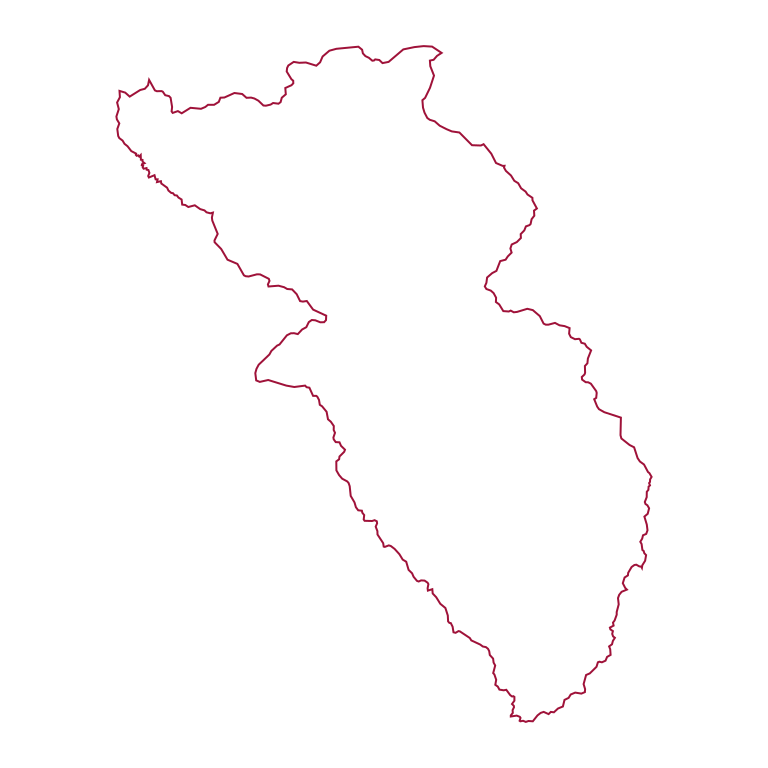 Andapa, Sava, Madagascar
{"feature_id": "10022922B40357207342555", "entity_name": "Andapa", "entity_type": "district", "adm_level": 2, "iso_a3": "MDG", "parent_name": "Madagascar", "parent_adm1": "Sava", "projection": "mercator", "projection_center": [49.555, -14.613], "detail": "fine", "context": "isolated", "style": "outline", "palette": "rose", "viewbox_px": 768, "rotation_deg": 0, "n_neighbors": 0, "source": "geoboundaries", "source_scale": "gbopen_adm2", "svg_char_len": 6064}
<svg xmlns="http://www.w3.org/2000/svg" viewBox="0 0 768 768"><path d="M584.9,692.1L585.1,689.1L583.6,684.1L586.1,675.0L589.8,673.4L596.5,666.8L597.9,662.3L599.4,661.7L601.9,662.3L605.5,660.7L607.1,656.9L610.6,654.9L610.2,649.2L609.1,646.4L612.0,644.3L612.9,640.9L614.9,637.8L613.1,636.4L612.2,633.9L612.9,631.1L610.4,629.4L609.9,627.6L613.6,625.6L613.0,622.6L614.6,620.5L616.7,614.7L616.7,612.0L618.7,604.4L618.0,598.1L619.2,594.8L621.6,591.8L626.9,589.6L625.2,587.9L622.8,583.2L624.6,577.5L627.9,575.4L628.2,572.8L631.6,567.0L634.4,565.0L636.3,564.7L639.3,566.4L641.2,566.6L641.9,567.9L642.3,565.3L645.1,560.8L646.1,555.1L644.3,553.2L643.7,551.0L642.4,550.0L641.6,544.0L640.3,541.8L642.2,538.6L643.0,535.3L646.2,533.9L647.5,530.3L646.8,524.6L644.4,516.6L647.7,513.8L649.1,508.3L647.4,505.3L645.5,504.0L644.8,502.0L646.7,497.2L646.8,491.8L648.4,489.8L648.6,486.6L650.0,485.4L649.1,483.1L650.0,481.9L650.1,479.4L651.6,476.9L649.4,473.1L648.0,472.0L644.0,464.5L639.9,461.5L637.6,458.1L634.1,447.3L629.6,445.0L621.4,438.5L620.5,435.2L620.9,417.6L604.3,412.2L599.0,409.2L597.2,406.6L594.2,399.2L596.2,397.9L596.7,392.9L596.2,391.1L590.9,383.7L588.2,382.3L585.7,382.2L582.1,379.6L581.8,377.0L584.5,374.5L585.1,372.8L584.9,366.0L587.4,363.3L587.9,358.5L591.1,350.4L586.7,346.8L584.8,343.7L581.4,342.8L579.9,339.4L579.0,338.8L575.0,339.2L570.8,337.1L569.1,333.7L569.6,328.1L564.6,326.1L559.5,325.3L555.0,322.9L548.3,324.7L545.8,324.7L543.6,323.6L539.8,316.1L532.8,310.1L527.3,308.8L517.1,311.9L513.8,312.3L510.7,310.6L508.8,311.5L503.3,311.1L499.2,304.4L495.9,302.0L496.1,297.7L493.6,293.1L490.8,290.6L486.4,289.0L484.8,286.4L486.4,282.8L487.1,277.5L492.2,273.1L496.4,270.9L500.2,261.1L505.6,259.7L507.8,256.4L511.6,252.6L510.4,248.5L511.7,244.5L516.8,242.1L520.9,238.0L520.7,234.1L524.3,230.4L525.9,226.4L529.5,225.1L530.6,224.0L531.6,219.2L534.3,215.7L534.0,210.6L536.9,208.5L532.5,200.4L532.4,197.8L527.5,194.5L525.6,191.6L521.1,188.3L518.2,183.2L514.3,180.8L511.0,175.5L505.9,170.9L504.0,167.6L504.5,165.8L502.7,165.9L496.0,163.0L491.3,153.7L483.6,144.2L480.9,145.5L472.0,145.2L459.4,132.5L451.8,131.4L446.4,129.1L439.7,125.7L434.7,121.3L429.8,119.8L427.3,118.0L424.5,112.6L423.0,107.6L422.4,100.2L425.1,97.9L430.0,87.8L434.0,75.6L430.3,66.2L429.9,60.6L433.6,59.8L437.1,55.8L441.6,52.9L432.1,46.6L423.6,46.1L414.4,47.1L403.3,49.4L388.6,61.9L382.5,63.1L379.3,60.0L375.2,59.4L374.0,60.5L372.3,60.7L368.9,57.8L365.4,56.1L362.9,53.4L362.1,49.7L358.4,46.7L336.4,48.8L329.4,50.7L322.6,56.5L320.1,62.3L316.3,65.7L305.9,62.5L299.3,62.8L293.7,61.9L288.3,65.5L287.1,68.0L286.7,71.5L291.4,79.2L293.2,80.7L293.3,83.3L291.5,85.2L285.3,88.0L285.8,94.3L281.8,97.7L280.6,102.1L278.5,103.7L273.1,103.0L270.6,104.6L265.9,105.7L263.4,105.5L258.4,100.7L254.4,98.5L251.1,97.6L246.5,97.8L242.2,94.0L234.4,93.0L224.4,97.5L220.4,97.7L218.8,101.9L214.1,104.8L208.0,104.8L205.3,107.0L201.0,108.8L190.5,107.8L181.7,113.3L177.9,111.1L172.7,112.9L171.6,111.4L172.1,107.0L170.6,97.8L169.0,96.1L165.2,95.2L162.8,91.7L161.6,91.1L156.8,91.2L154.9,90.4L149.1,79.9L148.0,85.3L144.8,88.8L140.2,90.0L129.7,96.6L125.2,92.6L119.5,90.9L119.9,97.2L117.1,102.5L118.8,109.1L116.4,116.5L116.9,119.4L119.3,123.4L117.3,129.0L118.2,136.0L119.3,138.1L122.6,140.6L124.5,143.8L127.5,146.2L131.3,151.1L136.1,153.6L135.8,154.8L136.7,155.8L138.1,155.3L139.2,156.6L140.7,155.0L140.9,159.7L142.5,159.9L142.6,161.7L144.5,163.2L142.0,164.2L141.8,165.3L143.1,165.7L142.7,167.3L143.6,168.7L146.5,168.1L146.7,169.7L148.4,170.0L149.4,172.9L148.2,176.0L148.9,177.5L154.5,175.2L155.6,179.3L157.6,179.3L157.0,182.1L160.9,181.2L161.3,183.5L167.1,187.7L168.4,190.5L171.2,192.9L173.0,193.2L174.6,195.2L176.9,195.5L178.5,197.6L181.6,199.5L182.2,204.6L185.3,205.0L188.3,207.0L194.8,205.3L200.2,209.1L204.5,210.4L206.5,212.3L210.3,213.3L212.9,212.6L211.9,217.6L212.3,220.6L217.7,233.9L214.5,240.4L214.6,242.2L221.2,249.0L227.5,259.7L237.4,263.9L243.9,275.3L245.6,276.2L248.6,276.5L257.0,274.3L260.1,274.4L268.8,278.8L269.5,280.9L267.9,284.4L268.5,286.5L278.5,285.7L284.1,287.2L287.2,289.0L292.1,289.4L296.7,294.2L300.1,301.1L302.9,301.6L306.8,301.0L313.1,309.6L326.2,315.7L326.0,320.1L324.1,322.2L320.3,322.3L315.3,320.3L311.8,320.0L308.8,322.1L306.3,327.2L302.1,329.5L297.8,334.1L294.1,333.2L290.8,333.3L286.9,335.3L279.5,344.5L277.1,345.6L271.4,350.9L269.4,354.5L258.7,364.7L256.5,368.8L255.3,373.1L256.2,380.4L259.8,381.9L268.2,380.0L286.3,385.6L294.3,387.0L305.1,385.6L306.6,387.2L309.4,387.7L313.1,395.9L316.3,395.9L317.3,396.7L319.0,399.9L319.8,404.8L322.1,406.3L326.6,411.8L328.0,419.3L330.8,421.7L333.8,426.0L333.7,430.0L335.0,432.8L333.4,437.5L333.7,439.3L335.7,442.1L339.5,442.3L341.0,445.8L345.0,449.7L344.2,451.8L339.5,456.5L339.1,459.3L336.3,461.4L336.4,470.4L339.1,475.1L342.2,478.7L347.2,481.4L348.6,483.0L349.7,486.2L350.7,495.9L354.5,502.4L355.9,507.2L358.2,510.3L361.9,510.7L362.3,512.7L364.2,515.1L363.7,519.5L364.6,520.8L372.1,521.0L374.6,520.2L376.8,521.3L377.1,523.3L375.7,526.7L377.4,531.1L377.5,534.5L383.2,543.2L383.7,546.6L384.8,546.9L388.8,545.4L390.8,546.0L394.6,548.9L399.4,554.2L402.7,559.6L406.2,561.7L408.6,569.9L412.1,573.3L413.6,576.8L417.0,580.9L418.7,581.5L421.1,580.4L424.6,580.6L427.6,582.7L428.4,584.2L427.6,588.2L427.9,590.6L432.3,589.2L432.7,593.5L436.2,597.2L440.3,603.8L445.4,608.0L447.8,615.5L448.1,621.4L449.4,622.9L450.8,623.1L452.6,626.7L453.5,632.3L455.6,632.8L458.5,631.1L459.9,631.4L469.8,638.0L471.3,640.4L480.3,644.6L482.8,646.5L485.9,647.1L488.0,648.8L489.2,651.1L489.8,655.0L493.1,658.6L493.6,662.6L495.2,665.5L493.2,673.1L494.4,674.5L496.2,679.8L495.3,684.8L497.8,686.6L499.4,689.6L503.7,690.3L506.3,689.8L510.2,695.1L512.1,696.5L513.4,696.2L514.4,696.9L514.4,700.7L512.0,704.0L513.8,705.8L514.0,707.2L512.6,710.1L512.8,712.9L510.8,715.4L510.8,716.5L516.7,715.6L519.8,716.8L520.5,717.9L519.6,720.8L520.3,721.3L523.1,720.8L525.8,721.9L528.5,721.0L532.8,721.3L537.5,715.4L540.7,712.9L543.7,711.9L548.6,714.1L550.8,711.9L553.9,712.3L558.0,708.5L562.9,706.5L564.5,699.9L568.6,697.9L570.7,694.5L575.2,692.6L581.4,693.6L584.9,692.1Z" fill="none" stroke="#9f1239" stroke-width="2"/></svg>